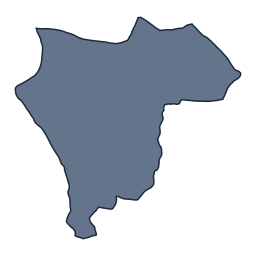 Mayo, Pattani, Thailand
{"feature_id": "78962969B89271538016717", "entity_name": "Mayo", "entity_type": "district", "adm_level": 2, "iso_a3": "THA", "parent_name": "Thailand", "parent_adm1": "Pattani", "projection": "orthographic", "projection_center": [101.405, 6.689], "detail": "fine", "context": "isolated", "style": "filled", "palette": "slate", "viewbox_px": 256, "rotation_deg": 0, "n_neighbors": 0, "source": "geoboundaries", "source_scale": "gbopen_adm2", "svg_char_len": 4365}
<svg xmlns="http://www.w3.org/2000/svg" viewBox="0 0 256 256"><path d="M192.0,24.0L187.8,24.9L186.7,25.4L183.9,27.2L182.7,28.1L181.3,28.3L179.4,28.3L177.3,28.6L173.5,29.5L170.5,29.9L169.4,29.8L166.6,29.7L164.7,30.0L162.5,30.2L161.2,30.4L159.6,30.2L155.9,27.9L147.2,21.4L143.2,18.8L140.4,17.3L140.2,17.5L139.8,17.6L139.4,17.6L138.9,17.5L138.7,17.5L138.3,17.6L138.1,17.7L137.8,17.9L137.8,18.2L137.8,18.4L137.8,18.6L137.8,18.8L137.7,18.8L137.6,19.1L137.4,19.5L136.9,20.7L136.3,22.2L136.0,23.0L135.9,23.5L135.8,23.8L135.0,25.4L134.2,27.0L133.3,28.6L133.2,29.0L133.0,29.5L132.8,30.2L132.6,30.6L132.3,31.1L132.2,31.2L132.1,31.5L131.9,31.8L131.8,32.0L131.7,32.1L131.5,33.7L131.5,33.8L131.2,34.2L130.3,35.6L129.7,36.6L129.1,37.5L128.8,38.1L128.3,39.2L127.8,39.9L127.8,40.0L127.7,40.1L127.4,40.3L124.3,41.6L121.9,42.5L119.1,43.1L116.3,43.6L112.1,43.3L110.1,43.0L108.2,42.6L105.1,42.0L102.1,41.6L100.1,41.5L98.1,41.2L94.5,40.8L92.0,40.5L89.8,40.2L86.2,39.6L82.9,39.0L80.4,38.3L80.5,38.2L78.2,37.4L77.5,36.9L76.1,36.2L73.5,34.8L70.4,33.7L66.0,32.3L64.8,31.9L63.5,31.4L60.8,30.6L58.4,30.1L55.3,29.5L53.2,29.3L50.4,29.0L47.5,28.7L44.9,28.7L40.4,28.8L36.3,28.3L37.3,32.1L38.9,35.1L40.0,37.8L40.7,39.2L40.9,41.0L41.6,43.4L42.5,45.8L42.6,50.0L42.4,52.7L42.0,56.6L41.5,61.7L41.0,64.2L40.1,67.1L38.5,70.7L36.7,73.2L35.2,75.2L34.7,75.6L31.5,77.6L28.5,79.7L21.8,83.6L20.6,84.1L19.5,84.7L18.2,85.3L16.6,86.5L15.8,87.6L15.4,88.6L15.4,90.0L15.7,92.3L16.0,94.0L16.3,94.9L17.1,96.5L18.3,98.2L19.1,99.0L20.6,100.1L22.6,102.3L24.7,105.4L25.8,107.2L26.7,108.9L29.1,111.9L31.4,115.8L33.0,117.8L34.4,120.8L35.0,122.2L35.6,123.1L39.2,126.2L39.6,126.5L41.4,127.9L43.6,131.1L46.7,136.0L50.5,143.6L52.2,146.7L53.8,149.5L57.0,154.5L58.9,157.2L59.7,159.4L61.2,163.3L61.5,164.0L63.1,165.4L63.9,166.4L64.4,167.6L64.6,170.0L66.3,175.5L67.5,179.1L68.4,182.8L69.2,185.0L69.3,186.7L69.3,187.6L68.1,191.5L68.0,193.5L68.9,196.2L69.8,198.1L70.0,201.1L70.1,205.0L70.3,207.7L70.6,208.9L70.7,210.1L70.4,211.6L68.7,214.5L67.4,217.6L66.8,219.6L66.4,221.4L67.0,222.6L68.6,224.5L71.0,227.0L72.9,228.5L74.4,230.2L75.4,232.7L75.2,234.9L75.1,235.4L75.7,236.1L77.5,236.8L80.5,237.6L83.4,238.7L85.5,238.0L88.5,237.4L91.0,236.4L92.8,235.7L94.2,235.5L95.5,235.4L96.2,235.1L96.4,234.3L96.2,233.4L95.3,230.6L94.9,229.4L94.8,227.8L94.5,226.9L93.6,225.8L93.3,225.5L92.7,224.9L90.4,222.0L89.8,220.6L89.6,219.1L89.6,217.5L90.7,216.3L91.7,215.1L93.5,213.1L94.2,212.1L95.3,211.4L96.0,210.7L96.8,209.3L97.5,208.4L97.7,208.2L98.2,207.7L99.2,207.3L100.8,207.5L101.7,207.7L107.1,208.6L108.2,208.8L110.8,209.1L112.2,208.9L113.1,208.1L114.7,205.6L115.9,203.3L116.4,201.3L116.5,199.9L116.5,198.9L116.2,197.1L116.4,196.3L116.6,196.2L117.2,196.3L120.2,197.5L123.3,198.6L124.3,198.9L126.6,199.0L130.0,199.3L132.9,199.7L134.5,199.9L136.0,200.0L137.1,199.8L137.7,199.7L138.7,198.7L140.8,196.1L141.9,194.8L142.5,194.0L144.1,192.0L145.5,190.8L147.8,189.4L149.3,188.5L150.2,188.1L150.7,187.9L152.1,186.3L153.2,185.2L153.6,184.1L153.8,182.3L153.9,180.4L153.5,177.7L153.5,175.9L154.0,174.1L154.5,171.6L154.8,171.0L155.8,170.6L156.7,170.2L157.8,168.8L158.4,167.4L158.7,166.3L158.9,163.9L159.2,162.3L159.0,161.4L159.2,159.9L159.9,158.2L161.0,156.3L161.5,155.4L161.8,152.5L161.5,150.3L161.4,148.6L160.9,147.1L160.3,146.1L159.6,145.5L159.1,144.2L158.6,143.0L158.4,141.4L157.8,140.5L157.7,140.3L157.5,139.5L158.0,138.8L158.1,138.5L158.8,136.2L159.8,134.5L160.1,132.3L160.0,129.9L159.7,127.8L159.8,126.0L160.5,124.3L161.2,123.0L161.9,121.6L162.5,120.4L162.9,119.6L163.1,118.1L162.6,116.0L162.1,114.2L162.2,113.3L162.7,111.9L163.9,110.2L163.6,107.4L164.7,104.7L165.2,104.6L167.9,104.0L171.4,104.1L173.3,103.7L177.1,104.3L179.6,103.5L180.4,100.8L182.0,99.8L184.5,99.9L186.7,100.2L188.8,100.3L189.0,100.4L191.4,100.6L193.9,100.9L196.8,101.1L199.7,101.1L202.6,101.2L206.0,101.3L209.3,101.3L213.1,100.9L215.3,100.6L217.5,100.4L219.7,99.9L222.8,99.3L224.0,96.7L225.3,93.8L226.5,91.1L227.2,88.9L229.9,84.9L231.8,83.2L233.8,81.0L235.8,79.8L237.6,78.7L239.4,77.2L240.4,75.5L240.6,73.0L238.5,71.1L236.4,70.5L234.4,69.2L233.2,67.5L231.9,65.5L230.4,63.2L229.5,61.6L228.3,59.6L226.6,57.3L224.5,55.1L223.1,53.5L220.6,50.7L216.4,46.6L214.4,44.4L213.0,43.2L211.0,41.1L209.2,39.6L207.8,38.2L206.0,37.1L205.4,36.7L203.5,35.7L202.7,35.3L200.9,33.5L199.5,32.1L197.8,30.3L196.6,28.9L195.1,27.2L193.4,25.8L192.0,24.0Z" fill="#64748b" stroke="#1e293b" stroke-width="1.5"/></svg>